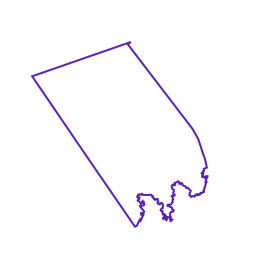 Santa María Chimalapa, Oaxaca, Mexico (Natural Earth projection), rotated 232°
{"feature_id": "50627088B45709374040898", "entity_name": "Santa María Chimalapa", "entity_type": "district", "adm_level": 2, "iso_a3": "MEX", "parent_name": "Mexico", "parent_adm1": "Oaxaca", "projection": "natural_earth1", "projection_center": [-94.773, 16.942], "detail": "fine", "context": "isolated", "style": "outline", "palette": "violet", "viewbox_px": 256, "rotation_deg": 232, "n_neighbors": 0, "source": "geoboundaries", "source_scale": "gbopen_adm2", "svg_char_len": 5311}
<svg xmlns="http://www.w3.org/2000/svg" viewBox="0 0 256 256"><g transform="rotate(232 128 128)"><path d="M227.8,84.3L132.9,78.1L46.0,72.7L45.7,74.4L45.5,74.8L45.9,75.4L48.0,79.9L47.1,80.4L47.4,81.1L48.0,80.9L48.4,81.0L48.4,80.8L48.6,81.3L48.4,81.3L48.5,81.9L47.8,82.0L49.5,85.5L50.1,86.9L51.1,87.2L50.4,86.7L50.8,86.0L51.4,85.0L52.4,85.4L52.6,86.0L52.8,86.1L52.3,86.9L51.3,87.6L51.8,88.7L52.3,89.3L59.0,89.3L59.4,89.9L59.4,90.0L58.7,89.9L58.6,90.0L58.6,90.4L58.1,90.5L58.1,91.0L58.1,91.8L57.5,92.6L57.5,93.1L57.7,93.7L57.9,93.6L58.1,93.8L58.4,93.8L58.7,94.2L59.8,94.8L59.9,94.4L59.9,94.2L60.1,93.9L60.3,94.2L60.6,94.4L61.2,94.5L61.4,94.6L61.4,94.2L60.5,92.7L60.3,92.0L60.4,91.8L60.8,91.8L61.4,91.6L62.3,91.6L62.7,91.7L63.0,91.7L63.9,91.4L64.6,90.9L64.9,91.0L65.0,91.7L65.5,92.2L65.8,93.1L65.8,93.4L65.5,93.5L66.1,94.1L66.7,93.7L67.5,92.8L67.9,92.8L68.2,92.9L68.3,93.2L68.1,93.5L68.4,93.9L68.5,94.3L68.5,94.7L68.9,94.6L69.1,95.0L68.2,95.4L68.2,95.8L68.5,96.2L68.0,96.5L67.8,96.7L67.6,97.3L67.6,98.2L67.5,98.5L66.9,98.4L66.7,98.1L65.0,99.9L62.9,102.6L61.4,104.9L61.0,105.2L60.6,105.1L60.0,105.1L59.5,105.5L59.3,105.6L59.2,105.5L59.0,105.3L59.1,104.9L58.8,104.9L58.5,105.0L57.8,105.0L57.5,105.2L57.2,104.9L56.7,104.8L56.7,105.1L56.1,105.3L56.0,105.2L55.9,104.8L54.8,105.0L54.7,105.2L54.8,105.4L54.7,106.1L54.2,106.6L54.1,107.5L53.8,107.7L53.7,107.6L53.6,107.4L53.3,107.2L52.7,107.1L52.5,106.8L52.1,106.6L51.6,106.6L51.1,105.3L50.5,105.3L49.8,105.0L49.7,105.0L49.5,105.8L49.2,106.3L49.0,105.9L48.7,105.7L48.3,106.0L48.2,106.1L48.4,107.5L48.3,108.2L48.2,108.4L48.0,108.5L47.5,108.6L46.9,108.6L46.4,108.5L45.7,108.1L45.2,107.4L44.6,107.1L44.0,106.4L43.6,106.3L43.6,106.0L43.8,105.6L43.8,105.4L43.7,105.1L43.7,104.7L43.5,103.5L43.0,103.0L42.6,103.0L42.4,103.5L42.1,103.8L41.7,104.0L41.4,104.1L41.1,104.0L40.9,103.3L40.7,103.1L40.2,103.1L39.8,102.8L39.6,102.9L39.0,102.7L38.6,102.3L38.2,102.2L37.9,102.4L38.0,103.5L37.9,103.7L36.1,103.6L35.8,103.8L35.3,103.7L35.2,103.5L35.3,103.3L35.7,103.5L35.8,103.5L36.0,103.2L36.0,102.8L35.6,102.0L35.8,101.3L35.7,101.0L35.5,100.2L35.0,99.8L34.7,99.7L34.7,100.0L35.1,100.8L35.1,101.1L34.8,101.6L34.5,101.8L34.3,101.9L33.8,101.8L32.7,101.2L31.9,101.4L31.6,101.5L31.9,102.2L32.6,102.8L32.9,103.2L33.2,103.4L33.6,103.9L33.6,104.2L32.8,104.9L32.7,105.2L32.4,105.3L31.7,105.3L31.1,105.5L30.4,105.3L29.6,104.6L28.9,104.4L28.6,104.4L28.2,104.7L28.3,105.1L28.4,104.8L29.1,105.8L29.5,106.1L30.4,106.4L31.8,106.8L32.0,107.1L33.2,107.4L34.2,108.1L34.6,108.2L34.9,108.6L35.1,109.8L35.4,110.4L35.3,110.6L34.7,111.2L34.6,111.9L34.4,112.1L34.4,112.3L34.7,113.0L34.9,113.3L35.5,113.4L36.0,112.9L36.8,112.8L38.0,113.5L38.4,113.5L39.4,112.9L40.0,112.5L40.8,112.4L41.9,111.5L42.1,111.5L42.2,111.2L42.6,111.3L42.9,111.7L42.9,112.1L42.9,112.3L42.7,112.6L42.3,113.2L41.8,113.7L41.6,114.2L41.3,114.6L41.2,114.8L41.3,115.2L42.0,116.6L42.0,117.4L42.1,117.8L43.1,118.3L43.7,118.5L43.9,118.6L44.0,118.9L43.9,119.5L44.0,119.8L44.7,119.9L45.5,120.4L45.7,120.6L46.3,120.8L47.0,120.4L47.3,120.5L47.6,120.7L47.6,121.0L47.3,121.6L46.8,121.9L46.3,122.6L46.1,123.1L46.2,123.4L47.2,123.7L48.1,123.6L48.4,123.4L48.8,123.5L49.4,124.0L49.7,124.8L49.9,125.2L50.5,125.7L51.2,126.1L51.5,126.1L52.0,125.6L52.7,125.4L53.6,125.9L55.0,126.3L55.2,126.7L55.6,127.3L55.7,127.8L55.9,128.0L55.9,128.3L55.7,128.7L54.8,128.7L54.5,128.8L54.1,129.9L54.2,130.2L54.9,130.4L56.0,131.0L56.0,131.3L55.4,132.6L55.2,133.6L55.3,134.5L54.8,134.9L54.0,134.9L53.6,135.0L53.3,134.9L52.8,134.2L52.6,134.1L52.5,134.3L52.3,135.1L51.6,135.0L51.6,135.5L51.8,135.8L51.5,136.4L51.2,136.6L50.4,136.4L49.6,135.9L49.3,135.8L48.4,136.2L46.6,137.4L45.6,137.4L45.0,137.1L44.9,137.4L44.7,137.4L44.3,137.6L43.8,138.4L42.9,138.5L41.7,138.4L40.2,138.9L39.7,138.6L39.4,137.9L39.1,137.6L38.9,137.3L38.8,136.9L38.4,136.6L38.1,135.9L37.7,135.5L37.6,135.2L37.3,135.1L36.8,135.1L36.0,135.5L35.8,135.5L35.3,135.3L35.0,135.3L34.9,136.3L34.6,136.8L34.4,137.2L34.3,137.3L34.2,137.2L33.8,137.4L33.6,137.7L33.3,137.8L33.0,138.3L33.0,138.6L33.6,139.2L33.7,139.5L33.3,140.2L33.1,140.8L32.9,141.0L33.5,141.4L33.5,141.8L33.2,142.0L32.7,141.4L32.2,141.4L32.1,141.6L32.4,141.8L32.3,142.2L31.9,142.6L31.7,142.9L31.2,143.4L31.2,143.6L31.5,144.0L31.7,143.9L31.9,143.9L32.2,145.2L32.1,145.5L31.8,145.9L31.3,146.0L31.1,146.4L31.0,146.7L31.2,147.0L31.3,147.6L30.9,148.6L31.7,149.0L32.1,149.0L32.3,149.1L32.4,149.3L32.2,149.7L32.3,149.9L34.0,151.6L34.1,152.3L34.4,153.0L35.2,153.6L35.5,153.9L35.9,154.6L36.6,155.4L36.8,156.3L37.0,156.3L37.4,155.9L37.7,156.6L37.6,156.8L37.7,157.0L38.0,157.0L38.5,156.7L38.8,157.5L39.1,157.6L39.5,158.0L39.9,157.9L40.1,158.0L40.1,158.6L40.2,158.9L40.1,159.5L40.6,160.0L40.6,160.4L40.7,160.8L41.0,161.0L41.2,160.7L41.6,160.5L41.8,160.0L42.1,159.2L42.2,157.5L42.4,157.5L42.6,157.1L43.6,157.1L43.9,156.5L44.1,156.6L44.0,156.9L44.4,156.9L44.5,157.2L44.7,157.7L44.6,158.0L44.8,158.1L45.0,158.0L45.0,158.3L45.1,158.5L45.5,158.4L45.5,158.2L45.7,158.4L45.9,158.5L45.9,158.8L46.1,158.7L46.2,158.8L46.2,158.7L46.4,158.7L46.7,158.5L46.7,158.8L46.9,158.7L47.1,158.8L47.0,159.3L47.1,159.8L47.0,160.0L47.3,160.1L47.2,160.8L47.4,161.3L47.9,161.2L48.1,161.8L48.5,162.3L48.7,162.6L48.9,163.1L49.0,163.1L48.7,163.8L48.3,165.8L53.6,168.4L58.4,170.4L60.2,170.8L75.8,176.5L87.6,178.3L194.2,179.4L194.0,183.3L227.8,84.3Z" fill="none" stroke="#5b21b6" stroke-width="2"/></g></svg>